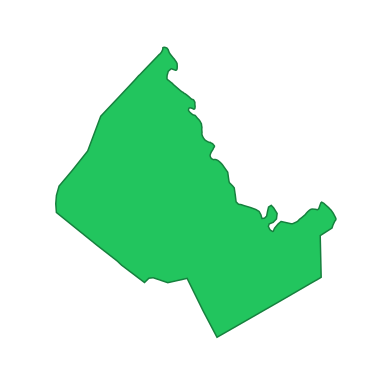 Kaedi, Gorgol, Mauritania, rotated 170°
{"feature_id": "47542326B29120201182559", "entity_name": "Kaedi", "entity_type": "district", "adm_level": 2, "iso_a3": "MRT", "parent_name": "Mauritania", "parent_adm1": "Gorgol", "projection": "equal_earth", "projection_center": [-13.341, 16.007], "detail": "fine", "context": "isolated", "style": "filled", "palette": "green", "viewbox_px": 384, "rotation_deg": 170, "n_neighbors": 0, "source": "geoboundaries", "source_scale": "gbopen_adm2", "svg_char_len": 2732}
<svg xmlns="http://www.w3.org/2000/svg" viewBox="0 0 384 384"><g transform="rotate(170 192 192)"><path d="M81.3,84.9L79.6,85.6L73.3,126.8L60.4,132.2L58.9,135.0L56.6,138.3L55.3,139.5L54.9,140.5L55.1,141.8L56.6,146.6L58.2,150.0L59.5,151.8L60.0,152.7L61.6,154.7L62.9,156.3L64.2,158.0L66.1,159.5L67.0,158.9L69.9,153.8L70.7,153.1L71.7,152.7L73.0,153.4L76.7,154.4L78.4,154.2L80.0,153.4L81.6,152.4L83.4,151.0L84.3,150.1L88.4,147.7L90.8,146.5L92.9,144.9L94.1,144.4L98.4,143.3L99.8,143.5L109.4,147.5L112.7,145.6L117.0,142.0L118.8,139.2L119.4,139.1L120.4,139.9L121.1,140.5L121.9,141.6L122.3,143.0L122.8,144.9L121.5,147.2L117.4,148.0L113.5,150.8L111.9,156.1L114.4,162.3L116.3,165.1L119.2,163.9L120.9,160.0L122.7,155.3L125.2,153.6L127.7,153.8L127.8,154.7L128.0,156.3L128.1,157.6L129.3,161.2L132.2,163.7L136.8,166.4L141.4,168.7L143.4,169.7L145.3,170.8L146.2,171.2L148.3,171.8L150.3,174.7L149.9,181.7L149.9,182.8L149.7,188.7L150.9,190.9L151.4,191.6L152.5,193.2L153.4,194.4L153.7,195.7L153.7,197.2L153.4,205.3L155.4,209.5L157.4,213.8L158.5,215.5L159.7,217.1L161.2,218.7L162.9,219.8L164.1,220.1L165.2,220.1L166.5,221.0L167.6,222.5L167.8,223.6L167.9,224.7L167.6,225.6L166.4,227.6L165.1,229.1L164.0,230.3L163.3,231.2L163.1,231.8L162.1,232.6L161.9,233.4L162.3,234.2L163.4,236.1L164.4,236.7L165.5,237.8L166.5,237.9L167.1,238.3L168.8,239.6L170.3,241.1L171.3,243.1L171.9,244.9L172.2,246.6L172.2,247.6L171.8,248.9L171.5,252.0L171.0,254.0L171.0,255.8L170.9,257.5L171.8,260.3L172.5,261.8L174.0,264.0L175.2,266.2L175.9,267.1L176.5,267.2L177.8,268.0L178.9,269.2L180.4,271.1L181.3,272.9L181.0,274.1L180.5,275.0L179.6,275.3L178.6,275.0L177.0,274.2L176.2,273.4L175.6,273.3L175.1,273.3L174.6,273.9L174.1,275.6L173.9,278.4L173.6,279.3L173.7,280.4L174.4,282.3L175.0,282.9L175.6,283.2L176.1,283.3L177.1,284.5L177.7,285.3L178.7,286.6L180.5,288.7L181.7,289.9L182.9,290.8L183.5,291.7L184.6,292.5L186.2,294.3L191.8,301.2L192.4,302.3L193.8,303.8L194.2,304.2L194.9,305.1L195.7,306.0L196.6,306.9L197.0,307.9L196.8,308.9L196.3,311.1L195.0,313.7L194.5,314.9L192.8,316.0L191.7,316.6L191.0,317.0L189.9,316.4L188.0,315.3L186.9,314.7L186.2,314.8L185.7,315.2L185.3,315.9L184.8,317.9L184.6,319.4L184.4,321.1L184.9,322.8L185.8,324.7L186.3,325.9L187.2,327.3L189.2,331.0L189.7,332.0L190.2,333.2L190.8,336.4L191.7,338.1L193.0,338.9L194.3,339.4L195.3,339.3L195.7,339.1L195.8,338.2L196.4,336.9L197.9,334.9L198.5,334.4L199.8,333.3L200.3,333.2L223.4,316.3L224.1,316.0L229.0,312.1L248.5,297.5L268.7,282.5L287.6,250.5L306.1,234.1L321.9,220.9L326.1,212.2L328.2,204.1L329.1,195.4L294.6,155.8L277.7,137.1L274.0,132.1L254.5,111.1L249.4,114.6L245.1,114.3L231.6,106.9L211.8,107.8L201.6,72.7L192.6,44.6L121.1,70.4L92.5,80.9L81.3,84.9Z" fill="#22c55e" stroke="#15803d" stroke-width="1.5"/></g></svg>